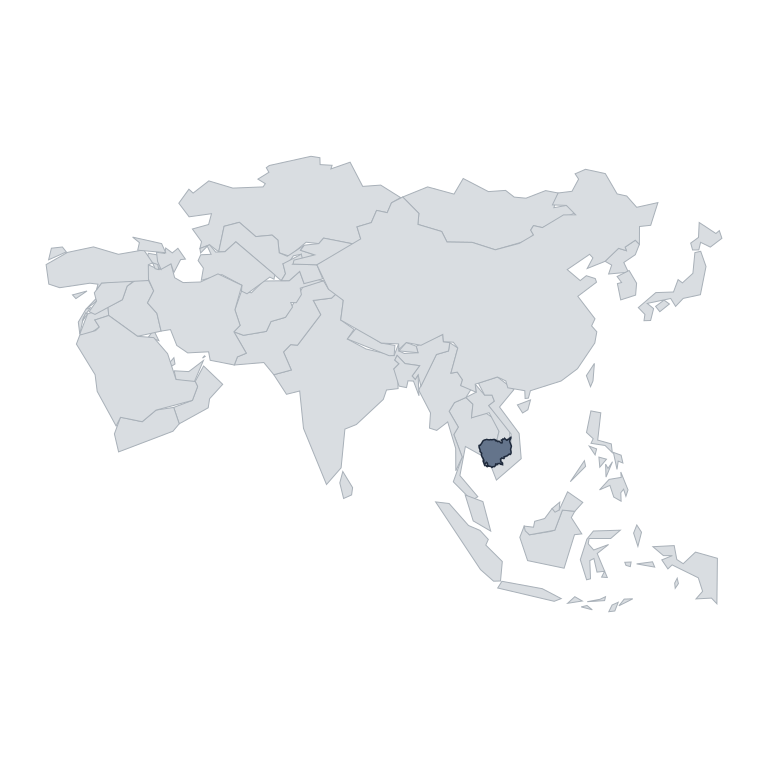 location of Cambodia within Asia
{"feature_id": "KHM", "entity_name": "Cambodia", "entity_type": "country or territory", "adm_level": 0, "iso_a3": "KHM", "parent_name": "Asia", "parent_adm1": "", "projection": "robinson", "projection_center": [105.132, 12.558], "detail": "fine", "context": "in_parent", "style": "filled", "palette": "slate", "viewbox_px": 768, "rotation_deg": 0, "n_neighbors": 45, "source": "natural_earth", "source_scale": "50m", "svg_char_len": 15523}
<svg xmlns="http://www.w3.org/2000/svg" viewBox="0 0 768 768"><path d="M400.6,197.6L391.5,202.8L387.2,212.7L376.6,210.4L371.3,222.6L357.0,226.9L360.7,238.9L356.6,244.6L323.6,238.1L318.8,243.6L306.1,242.2L289.4,256.2L279.2,252.8L277.9,240.1L272.1,235.1L255.8,236.6L239.3,222.3L224.1,226.3L218.7,251.8L209.6,244.8L199.9,248.5L201.5,241.6L192.4,229.0L208.6,224.5L211.5,213.7L189.1,216.8L178.8,203.2L188.9,189.2L193.1,193.1L208.8,180.9L232.8,188.1L263.1,186.9L265.3,183.7L257.9,179.1L268.9,172.3L266.3,167.7L269.3,165.5L311.0,156.3L319.9,157.7L320.1,164.6L332.1,165.3L330.9,168.9L350.1,162.2L362.7,186.4L380.7,185.1L400.6,197.6Z" fill="#d9dde1" stroke="#a8b0b8" stroke-width="1"/><path d="M218.7,251.8L224.1,226.3L239.3,222.3L255.8,236.6L272.1,235.1L277.9,240.1L279.2,252.8L287.3,256.3L304.3,245.2L300.5,250.3L314.7,254.9L306.7,259.8L300.1,259.3L301.3,254.2L293.4,255.8L287.7,264.1L283.0,263.8L285.5,273.7L281.3,280.7L235.8,241.8L225.0,251.7L218.7,251.8Z" fill="#d9dde1" stroke="#a8b0b8" stroke-width="1"/><path d="M717.4,558.3L716.9,603.8L711.5,598.1L696.0,598.9L702.6,591.3L698.3,577.8L672.1,564.9L667.9,568.9L661.8,559.9L672.4,555.6L663.4,555.6L652.9,546.7L674.2,545.6L676.8,559.5L683.2,563.7L695.5,552.1L717.4,558.3ZM618.2,602.3L614.8,611.0L608.8,611.7L612.1,605.0L618.2,602.3ZM675.2,588.3L674.7,583.1L677.2,578.2L678.4,583.6L675.2,588.3ZM574.8,511.3L571.3,517.6L581.8,533.9L574.5,534.7L564.1,568.2L527.6,560.6L519.8,537.3L524.2,526.1L529.4,534.8L549.7,531.6L554.8,530.2L562.4,510.1L574.8,511.3ZM636.6,563.9L652.5,561.8L654.7,567.1L636.6,563.9ZM630.3,566.6L626.0,565.4L624.8,562.3L631.1,562.0L630.3,566.6ZM636.8,525.0L641.5,532.2L637.9,546.4L633.6,533.1L636.8,525.0ZM593.4,531.0L620.3,530.2L610.7,538.5L589.1,538.5L588.2,543.8L593.7,550.0L608.6,544.5L597.2,553.5L607.3,577.5L601.6,577.1L604.6,571.3L597.0,572.1L593.9,558.5L589.8,560.6L590.5,578.8L586.6,579.8L580.3,559.7L586.9,539.1L593.4,531.0ZM592.3,609.8L581.2,606.9L587.0,605.5L592.3,609.8ZM587.2,601.7L600.0,599.3L605.5,596.7L604.6,600.6L587.2,601.7ZM574.8,596.7L582.3,601.0L567.6,603.3L574.8,596.7ZM501.9,581.3L542.3,588.7L561.2,598.6L554.2,601.3L497.7,588.0L501.9,581.3ZM485.8,545.1L502.3,561.5L500.5,581.0L493.6,581.2L480.5,569.6L435.6,501.9L449.1,503.5L468.5,525.5L480.0,530.4L488.3,539.4L485.8,545.1Z" fill="#d9dde1" stroke="#a8b0b8" stroke-width="1"/><path d="M618.9,605.8L624.2,599.1L632.8,598.8L618.9,605.8Z" fill="#d9dde1" stroke="#a8b0b8" stroke-width="1"/><path d="M90.5,307.7L83.4,317.5L79.8,334.1L78.3,322.1L86.0,309.1L90.5,307.7Z" fill="#d9dde1" stroke="#a8b0b8" stroke-width="1"/><path d="M96.5,301.2L86.1,309.0L96.1,298.5L96.5,301.2Z" fill="#d9dde1" stroke="#a8b0b8" stroke-width="1"/><path d="M87.6,313.9L82.4,321.1L85.6,312.9L87.6,313.9Z" fill="#d9dde1" stroke="#a8b0b8" stroke-width="1"/><path d="M87.6,313.9L108.0,307.0L108.7,315.5L94.8,320.0L99.3,327.0L86.2,336.2L79.8,334.1L87.6,313.9Z" fill="#d9dde1" stroke="#a8b0b8" stroke-width="1"/><path d="M174.2,370.8L188.8,371.6L203.4,360.5L193.8,383.0L176.0,379.5L174.2,370.8Z" fill="#d9dde1" stroke="#a8b0b8" stroke-width="1"/><path d="M169.9,367.2L170.1,362.1L173.9,357.7L175.0,364.0L169.9,367.2Z" fill="#d9dde1" stroke="#a8b0b8" stroke-width="1"/><path d="M153.7,330.2L158.9,340.7L148.5,336.9L153.7,330.2Z" fill="#d9dde1" stroke="#a8b0b8" stroke-width="1"/><path d="M108.7,315.5L108.0,307.0L122.4,299.7L127.1,286.2L137.4,279.0L148.5,280.5L153.7,290.9L147.5,302.9L156.9,313.3L161.1,331.1L137.5,336.3L108.7,315.5Z" fill="#d9dde1" stroke="#a8b0b8" stroke-width="1"/><path d="M195.2,381.5L203.6,366.0L222.7,384.3L209.6,398.7L208.2,407.8L179.2,423.8L173.7,407.4L192.4,400.4L197.6,386.5L195.2,381.5ZM205.2,356.4L202.5,358.1L204.5,355.8L205.2,356.4Z" fill="#d9dde1" stroke="#a8b0b8" stroke-width="1"/><path d="M496.8,440.4L483.1,440.8L480.6,455.0L465.4,446.5L459.9,475.6L477.8,496.7L471.7,500.4L453.3,481.8L462.2,457.1L453.8,434.5L458.3,427.1L449.1,411.3L454.5,402.5L465.9,397.5L472.9,404.2L471.5,417.8L484.5,412.2L493.7,418.4L499.0,431.4L496.8,440.4Z" fill="#d9dde1" stroke="#a8b0b8" stroke-width="1"/><path d="M510.0,440.9L496.8,440.4L499.0,431.4L489.1,412.7L471.5,417.8L472.9,404.2L465.9,397.5L476.1,392.2L475.2,384.2L484.6,395.1L492.0,395.1L494.4,401.2L488.7,405.6L509.5,429.0L510.0,440.9Z" fill="#d9dde1" stroke="#a8b0b8" stroke-width="1"/><path d="M465.9,397.5L454.5,402.5L449.1,411.3L458.3,427.1L453.8,434.5L462.2,457.1L455.8,470.8L455.7,448.5L447.7,421.9L436.7,430.4L429.5,428.1L430.5,412.9L418.7,390.1L436.4,354.5L448.5,351.0L449.8,342.7L457.8,348.0L450.9,373.2L457.3,372.1L462.5,379.8L460.7,385.6L472.2,387.5L465.9,397.5Z" fill="#d9dde1" stroke="#a8b0b8" stroke-width="1"/><path d="M491.3,466.9L503.1,463.6L500.4,459.3L510.7,454.0L511.1,434.0L488.7,405.6L494.4,401.2L492.0,395.1L484.6,395.1L478.4,383.2L497.4,377.0L513.9,389.6L499.5,407.0L519.1,433.4L521.2,458.7L496.4,480.1L491.3,466.9Z" fill="#d9dde1" stroke="#a8b0b8" stroke-width="1"/><path d="M639.4,244.3L635.3,254.7L623.8,262.5L628.4,272.2L608.6,274.0L611.7,265.1L605.1,261.3L609.3,256.9L618.6,248.3L626.4,250.7L625.1,247.1L635.3,240.2L639.4,244.3Z" fill="#d9dde1" stroke="#a8b0b8" stroke-width="1"/><path d="M617.1,276.5L629.1,270.5L636.6,283.2L635.6,295.1L620.7,299.9L617.4,283.6L621.6,282.5L617.1,276.5Z" fill="#d9dde1" stroke="#a8b0b8" stroke-width="1"/><path d="M402.7,197.0L427.6,186.9L454.0,194.1L463.2,178.5L488.4,191.6L505.6,190.4L514.2,197.1L526.0,198.2L545.6,190.6L558.1,193.0L553.9,207.7L566.4,205.4L576.2,212.3L542.4,227.6L533.5,225.6L530.7,230.1L533.5,235.0L525.8,241.0L495.3,249.8L472.2,242.4L447.0,242.0L441.7,231.5L417.9,224.4L418.9,213.4L402.7,197.0Z" fill="#d9dde1" stroke="#a8b0b8" stroke-width="1"/><path d="M449.8,342.7L448.5,351.0L436.4,354.5L421.0,386.2L418.1,375.1L415.3,379.6L412.1,376.0L419.6,365.7L405.0,363.6L397.1,355.4L394.8,360.1L399.0,363.8L393.8,369.0L397.4,370.9L398.1,388.6L386.5,390.0L383.3,399.4L356.4,424.5L344.9,429.1L341.1,467.8L326.5,484.5L303.5,428.4L299.7,391.0L286.5,394.3L273.8,374.7L291.3,370.0L283.5,352.0L290.7,344.6L297.5,345.2L320.7,314.7L313.2,300.4L331.6,298.1L337.8,292.2L343.3,300.4L340.7,320.0L354.0,329.3L347.4,339.0L366.0,349.0L394.1,355.6L398.6,343.9L398.9,350.9L404.3,353.5L418.0,352.7L416.2,346.2L442.8,334.4L443.4,341.7L449.8,342.7Z" fill="#d9dde1" stroke="#a8b0b8" stroke-width="1"/><path d="M418.1,375.1L419.0,395.8L413.5,381.1L408.0,380.8L406.5,387.6L399.0,386.1L393.8,369.0L399.0,363.8L394.8,360.1L397.1,355.4L405.0,363.6L419.6,365.7L412.1,376.0L415.3,379.6L418.1,375.1Z" fill="#d9dde1" stroke="#a8b0b8" stroke-width="1"/><path d="M416.2,346.2L418.0,352.7L398.9,350.9L406.3,342.5L416.2,346.2Z" fill="#d9dde1" stroke="#a8b0b8" stroke-width="1"/><path d="M394.9,345.4L394.1,355.6L389.1,355.7L347.4,339.0L356.6,327.6L381.3,343.1L394.9,345.4Z" fill="#d9dde1" stroke="#a8b0b8" stroke-width="1"/><path d="M337.8,292.2L331.6,298.1L313.2,300.4L320.7,314.7L297.5,345.2L290.7,344.6L283.5,352.0L291.3,370.0L273.8,374.7L263.8,362.5L234.3,365.0L237.4,356.9L246.3,353.2L233.9,331.8L243.5,335.3L266.4,331.4L271.0,321.5L285.5,317.3L303.9,285.1L323.5,280.8L328.6,289.4L337.8,292.2Z" fill="#d9dde1" stroke="#a8b0b8" stroke-width="1"/><path d="M263.5,281.0L289.2,280.7L299.7,271.4L304.1,283.6L312.9,278.3L323.5,280.8L300.2,288.2L301.4,294.6L296.3,302.7L290.7,302.5L292.5,307.1L285.5,317.3L271.0,321.5L266.4,331.4L243.5,335.3L233.9,331.8L240.1,325.4L234.9,309.8L241.5,291.1L251.5,292.8L263.5,281.0Z" fill="#d9dde1" stroke="#a8b0b8" stroke-width="1"/><path d="M281.3,280.7L285.5,273.7L283.0,263.8L301.3,254.2L302.5,259.2L293.0,264.1L316.9,264.8L322.7,278.8L304.1,283.6L299.7,271.4L289.2,280.7L281.3,280.7Z" fill="#d9dde1" stroke="#a8b0b8" stroke-width="1"/><path d="M304.3,245.2L318.8,243.6L323.6,238.1L356.6,244.6L316.9,264.8L293.0,264.1L294.0,260.1L314.7,254.9L300.5,250.3L304.3,245.2Z" fill="#d9dde1" stroke="#a8b0b8" stroke-width="1"/><path d="M199.9,248.5L209.6,244.8L215.7,252.1L225.0,251.7L235.8,241.8L274.8,274.9L274.0,279.2L269.8,277.1L247.0,293.8L241.5,291.1L241.9,285.3L221.9,274.6L201.3,280.3L203.4,268.1L198.1,260.6L200.7,254.8L211.1,254.3L207.3,246.2L200.6,253.0L199.9,248.5Z" fill="#d9dde1" stroke="#a8b0b8" stroke-width="1"/><path d="M161.1,331.1L156.9,313.3L147.5,302.9L153.7,290.9L146.6,275.0L148.3,264.8L158.8,269.6L171.0,263.8L174.6,277.7L183.1,282.6L200.4,282.0L218.0,273.9L241.9,285.3L234.9,309.8L240.1,325.4L233.9,331.8L246.3,353.2L237.4,356.9L234.3,365.0L210.2,360.3L208.6,351.8L187.7,352.9L176.8,345.5L170.5,329.6L161.1,331.1Z" fill="#d9dde1" stroke="#a8b0b8" stroke-width="1"/><path d="M89.1,311.7L96.5,301.2L94.3,292.8L101.6,283.0L134.7,280.1L127.1,286.2L122.4,299.7L95.0,314.4L89.1,311.7Z" fill="#d9dde1" stroke="#a8b0b8" stroke-width="1"/><path d="M161.0,269.4L147.1,259.1L148.3,253.3L159.0,255.2L161.0,269.4Z" fill="#d9dde1" stroke="#a8b0b8" stroke-width="1"/><path d="M148.5,280.5L101.6,283.0L96.4,289.9L98.0,284.2L89.9,283.2L59.7,287.7L48.8,284.1L46.1,264.6L67.5,252.4L93.5,246.9L118.4,254.3L143.8,249.9L152.6,262.8L148.3,264.8L148.5,280.5ZM51.4,248.2L62.4,247.0L66.3,251.9L48.6,259.8L51.4,248.2Z" fill="#d9dde1" stroke="#a8b0b8" stroke-width="1"/><path d="M352.6,487.6L351.6,494.9L343.6,498.5L339.8,482.9L342.8,471.5L352.6,487.6Z" fill="#d9dde1" stroke="#a8b0b8" stroke-width="1"/><path d="M522.6,413.0L517.4,404.9L530.5,399.9L527.9,409.7L522.6,413.0ZM316.9,264.8L360.7,238.9L357.0,226.9L371.3,222.6L376.6,210.4L387.2,212.7L391.5,202.8L402.7,197.0L418.9,213.4L417.9,224.4L441.7,231.5L447.0,242.0L472.2,242.4L495.3,249.8L519.3,243.4L533.5,235.0L530.7,230.1L533.5,225.6L542.4,227.6L563.5,214.9L575.7,214.8L566.4,205.4L552.4,204.9L558.1,193.0L572.0,191.3L578.6,179.1L575.1,173.8L585.5,169.3L605.3,173.6L617.1,193.9L626.7,196.0L636.7,207.3L657.9,202.6L650.7,225.3L639.5,226.5L639.4,244.3L635.3,240.2L625.1,247.1L626.4,250.7L618.6,248.3L605.1,261.3L587.2,268.5L592.9,257.9L589.6,254.3L567.2,269.6L580.2,280.6L586.3,275.7L595.3,278.6L596.5,282.2L577.8,296.3L595.0,318.8L591.6,325.9L596.8,331.8L594.8,343.0L577.5,368.7L561.1,381.0L530.4,390.7L528.4,398.1L525.1,398.5L524.8,390.7L507.8,387.8L505.8,380.9L497.4,377.0L475.2,384.2L476.1,392.2L460.7,385.6L462.5,379.8L457.3,372.1L450.9,373.2L457.8,348.0L453.3,342.2L443.4,341.7L442.8,334.4L421.0,345.3L406.3,342.5L398.9,349.5L398.6,343.9L381.3,343.1L340.7,320.0L343.3,300.4L328.6,289.4L316.9,264.8Z" fill="#d9dde1" stroke="#a8b0b8" stroke-width="1"/><path d="M594.4,363.4L593.0,380.9L590.5,386.7L586.4,375.6L594.4,363.4Z" fill="#d9dde1" stroke="#a8b0b8" stroke-width="1"/><path d="M165.7,248.0L172.3,252.9L177.9,248.3L185.4,259.1L180.6,259.6L173.9,272.5L171.0,263.8L161.0,269.4L157.6,261.5L156.5,252.2L164.8,253.5L165.7,248.0ZM158.8,269.6L155.1,268.7L152.6,262.8L157.7,264.5L158.8,269.6Z" fill="#d9dde1" stroke="#a8b0b8" stroke-width="1"/><path d="M132.6,237.1L161.6,243.6L165.7,252.7L137.7,250.2L139.4,242.6L132.6,237.1Z" fill="#d9dde1" stroke="#a8b0b8" stroke-width="1"/><path d="M595.1,454.9L589.2,446.1L596.6,448.9L595.1,454.9ZM606.0,477.1L605.6,464.1L608.0,468.4L612.5,461.7L606.0,477.1ZM620.8,472.0L628.0,489.9L625.9,496.3L623.6,489.2L620.8,492.7L621.1,501.2L613.8,497.1L609.9,485.4L599.5,489.9L609.1,479.4L621.2,477.4L620.8,472.0ZM585.6,466.4L570.3,481.7L584.4,460.7L585.6,466.4ZM600.8,412.8L597.7,440.1L611.3,443.9L612.3,452.6L605.1,445.5L591.0,443.3L593.2,438.7L586.5,432.5L590.9,410.9L600.8,412.8ZM599.8,467.2L598.9,457.1L606.5,459.2L599.8,467.2ZM621.1,455.2L622.9,463.0L618.2,461.1L617.0,469.4L613.4,452.4L621.1,455.2Z" fill="#d9dde1" stroke="#a8b0b8" stroke-width="1"/><path d="M465.2,495.0L482.9,501.6L490.7,531.1L473.2,520.9L465.2,495.0ZM574.8,511.3L562.4,510.1L554.8,530.2L529.4,534.8L525.2,530.8L524.2,526.1L533.5,527.2L534.7,521.3L544.7,518.5L552.1,508.5L559.2,510.0L567.6,491.8L582.8,502.4L574.8,511.3Z" fill="#d9dde1" stroke="#a8b0b8" stroke-width="1"/><path d="M559.8,502.1L559.2,510.0L555.0,512.2L552.1,508.5L559.8,502.1Z" fill="#d9dde1" stroke="#a8b0b8" stroke-width="1"/><path d="M706.0,266.5L700.4,294.7L683.2,298.4L675.6,306.4L670.7,298.5L647.2,303.4L653.6,308.6L650.6,320.5L644.0,320.7L644.9,314.4L638.3,307.6L655.8,292.6L673.5,292.0L678.1,279.6L682.4,282.9L692.9,273.3L694.9,252.6L700.7,251.3L706.0,266.5ZM715.9,233.5L719.3,230.6L721.9,238.3L710.3,247.1L700.6,242.3L698.8,249.9L692.6,250.0L690.7,243.1L698.5,237.4L699.2,222.5L715.9,233.5ZM655.6,306.4L664.0,300.1L669.4,304.0L659.8,311.7L655.6,306.4Z" fill="#d9dde1" stroke="#a8b0b8" stroke-width="1"/><path d="M173.7,407.4L179.2,423.8L173.0,431.2L118.6,451.9L114.4,433.9L120.5,417.3L142.2,421.7L156.0,410.1L173.7,407.4Z" fill="#d9dde1" stroke="#a8b0b8" stroke-width="1"/><path d="M79.8,335.1L95.6,330.6L99.3,327.0L94.8,320.0L108.7,315.5L137.5,336.3L153.7,337.6L167.6,353.7L176.0,379.5L195.2,381.5L197.6,386.5L192.4,400.4L156.0,410.1L142.2,421.7L120.5,417.3L116.1,426.0L97.2,391.4L95.1,374.7L76.4,344.1L79.8,335.1Z" fill="#d9dde1" stroke="#a8b0b8" stroke-width="1"/><path d="M87.0,291.0L75.9,298.6L72.5,294.9L87.0,291.0Z" fill="#d9dde1" stroke="#a8b0b8" stroke-width="1"/><path d="M510.8,437.4L510.9,437.8L510.7,438.5L510.4,439.2L509.9,439.8L509.9,440.2L509.7,441.5L509.8,441.9L509.9,442.2L510.0,442.4L510.5,443.6L510.9,444.8L511.3,445.7L511.4,446.3L511.0,447.8L510.6,449.1L510.6,449.8L510.8,450.5L511.0,451.4L511.1,452.6L511.0,453.3L510.8,453.8L510.4,454.3L510.1,454.5L509.7,454.1L509.4,454.1L509.0,454.2L508.7,454.4L508.0,455.1L507.3,455.8L506.2,456.0L505.8,456.5L505.4,456.5L504.6,456.6L504.1,456.7L504.1,456.9L504.1,458.2L504.1,458.4L504.0,458.5L503.6,458.5L503.0,458.4L502.2,458.1L501.6,458.0L501.3,458.5L501.1,458.8L500.9,458.8L500.6,458.9L500.6,459.1L500.5,459.4L500.7,459.9L500.7,460.7L500.7,461.3L500.9,461.6L502.2,462.8L502.5,463.1L502.4,463.9L502.6,464.7L502.2,464.7L501.5,464.3L501.2,464.1L500.8,464.3L500.7,464.3L500.4,463.8L500.1,463.4L499.7,463.4L499.0,463.5L498.2,463.7L497.9,463.6L497.4,464.4L497.2,464.3L496.4,464.0L495.7,463.9L495.6,464.1L495.6,464.6L495.8,465.2L495.7,465.4L495.3,465.7L494.8,466.2L494.5,466.6L494.3,466.7L493.5,466.6L492.7,466.7L492.4,467.1L492.2,467.3L491.9,467.4L490.9,466.5L488.9,466.2L488.7,465.8L488.5,465.7L488.3,466.2L487.2,466.7L486.8,466.4L486.4,466.1L486.5,465.6L486.8,465.3L487.3,465.0L487.6,464.1L487.2,462.9L486.8,462.6L486.4,462.3L486.0,462.7L485.7,463.5L485.3,463.9L484.8,463.9L484.1,463.9L483.8,462.8L483.7,461.8L483.8,460.7L483.9,460.1L483.2,459.2L483.2,458.3L482.8,457.9L482.7,458.1L482.8,458.4L482.7,458.2L481.6,455.7L481.4,454.5L481.6,453.6L481.7,453.3L481.4,452.9L480.9,452.3L480.1,451.6L480.1,450.5L479.9,449.2L479.6,448.8L479.3,448.0L479.1,447.3L479.0,445.6L479.1,445.4L479.7,445.4L480.4,445.2L480.5,445.0L480.4,444.7L480.9,444.3L481.5,443.5L482.1,442.5L482.4,442.0L482.6,441.4L483.4,440.6L484.4,440.0L485.1,439.9L485.8,439.7L486.5,439.4L486.9,439.4L487.7,439.7L488.2,439.8L488.7,439.8L489.2,439.9L489.6,439.8L490.7,439.6L491.8,439.8L492.8,439.6L494.1,439.4L494.7,439.5L495.2,439.8L495.3,440.3L495.4,440.6L495.6,440.8L495.9,440.8L496.2,440.4L496.5,440.0L496.5,439.9L496.6,440.1L496.7,440.5L496.9,441.0L497.2,441.2L497.6,441.6L497.8,441.6L498.7,441.3L500.0,441.8L500.1,442.0L500.5,442.5L501.0,442.9L502.0,442.9L502.3,442.0L502.1,441.5L501.6,440.5L501.4,440.0L501.6,439.9L502.6,439.8L502.7,439.6L502.9,439.0L503.2,439.1L503.7,439.2L504.3,438.8L504.6,438.3L504.8,438.5L505.0,438.8L505.2,439.0L505.6,439.3L506.1,439.6L506.3,440.0L506.6,440.2L507.1,440.1L507.3,440.1L507.6,439.6L507.8,439.4L508.0,439.5L508.3,439.4L508.9,438.9L509.3,438.4L509.4,438.2L510.0,438.5L510.2,438.4L510.5,437.7L510.8,437.4ZM483.4,461.3L483.2,461.4L483.1,460.9L483.2,460.6L483.4,460.6L483.4,461.3ZM485.1,465.3L484.9,465.5L484.5,465.0L484.5,464.8L485.1,465.3Z" fill="#64748b" stroke="#1e293b" stroke-width="1.5"/></svg>